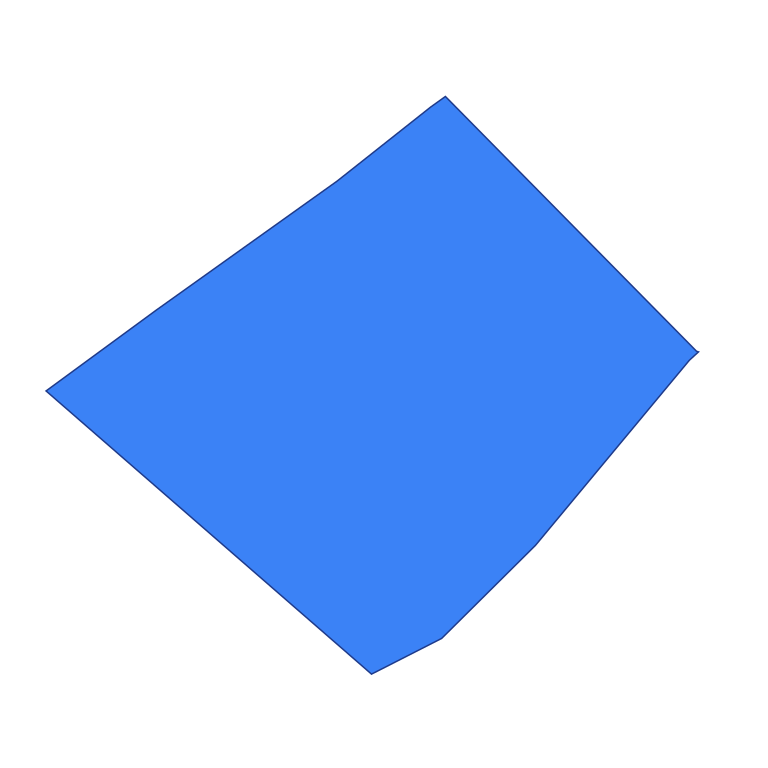 34, Ad Dawhah, Qatar (Robinson projection), rotated 137°
{"feature_id": "91078587B88603978758954", "entity_name": "34", "entity_type": "district", "adm_level": 2, "iso_a3": "QAT", "parent_name": "Qatar", "parent_adm1": "Ad Dawhah", "projection": "robinson", "projection_center": [51.479, 25.313], "detail": "fine", "context": "isolated", "style": "filled", "palette": "blue", "viewbox_px": 768, "rotation_deg": 137, "n_neighbors": 0, "source": "geoboundaries", "source_scale": "gbopen_adm2", "svg_char_len": 339}
<svg xmlns="http://www.w3.org/2000/svg" viewBox="0 0 768 768"><g transform="rotate(137 384 384)"><path d="M143.0,552.4L160.7,554.7L280.1,564.4L500.5,593.4L635.9,609.4L591.0,180.3L590.1,180.1L584.3,178.4L515.3,158.6L383.2,162.7L144.5,193.1L132.1,193.0L133.1,194.8L143.0,552.4Z" fill="#3b82f6" stroke="#1e3a8a" stroke-width="1.5"/></g></svg>